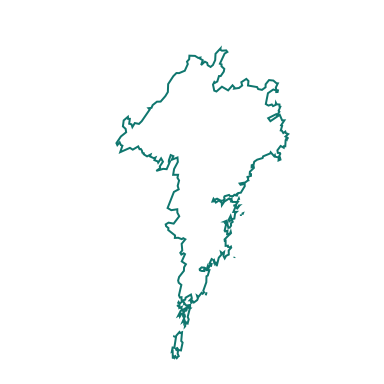 Skibbereen-West Cork Lea-5, Cork, Ireland (Equal Earth projection), rotated 311°
{"feature_id": "5873133B33035753150692", "entity_name": "Skibbereen-West Cork Lea-5", "entity_type": "district", "adm_level": 2, "iso_a3": "IRL", "parent_name": "Ireland", "parent_adm1": "Cork", "projection": "equal_earth", "projection_center": [-9.179, 51.623], "detail": "fine", "context": "isolated", "style": "outline", "palette": "teal", "viewbox_px": 384, "rotation_deg": 311, "n_neighbors": 0, "source": "geoboundaries", "source_scale": "gbopen_adm2", "svg_char_len": 6102}
<svg xmlns="http://www.w3.org/2000/svg" viewBox="0 0 384 384"><g transform="rotate(311 192 192)"><path d="M293.2,100.6L290.3,102.8L287.1,102.7L285.8,104.9L278.8,107.0L273.3,104.3L271.5,102.2L267.2,101.9L257.8,103.2L251.6,108.2L246.8,109.0L239.6,109.0L237.2,106.3L231.8,105.3L228.9,106.2L226.7,104.2L226.5,106.0L212.4,107.6L208.6,107.3L206.5,103.6L201.9,104.4L203.4,101.9L202.3,99.8L206.4,97.1L205.3,95.8L206.7,94.3L201.2,93.5L196.2,96.8L196.1,100.5L193.9,103.1L187.3,101.9L179.3,102.9L178.4,104.9L182.0,104.8L180.8,107.5L181.3,109.1L175.0,111.7L184.6,116.2L185.1,119.5L191.1,121.5L189.9,124.3L190.9,125.1L190.4,127.0L189.1,128.8L189.6,130.3L188.8,130.8L189.4,134.7L193.1,136.2L191.3,137.0L192.5,141.1L194.0,141.8L191.4,142.7L192.6,146.1L192.0,147.2L197.1,146.6L195.8,150.2L190.2,150.9L189.1,152.3L184.5,151.2L190.6,155.1L192.6,157.9L200.5,155.4L199.7,154.6L200.7,153.8L205.9,151.7L206.8,154.4L203.1,155.6L208.5,158.4L205.4,161.6L197.6,163.4L192.6,166.5L195.8,170.2L193.2,171.7L192.2,174.7L187.2,177.2L185.3,180.2L180.2,178.3L163.9,184.1L164.7,188.3L169.3,192.2L166.8,194.5L165.3,198.3L156.1,198.9L153.5,194.4L150.3,193.4L149.2,194.9L149.3,197.9L147.7,199.0L148.1,207.7L146.1,209.2L148.4,211.6L149.7,215.2L151.4,215.7L151.9,218.0L146.1,218.2L141.5,223.0L138.4,223.1L137.8,225.0L140.3,225.9L140.5,227.5L132.9,229.8L133.5,234.8L130.0,235.4L127.2,237.6L119.4,238.0L116.1,239.6L114.8,241.5L114.9,244.9L105.5,249.9L104.4,252.1L105.7,253.1L103.6,255.0L103.8,256.0L106.3,257.5L108.1,256.5L113.9,258.5L111.8,261.5L108.8,261.4L109.5,262.2L107.3,264.7L110.2,263.4L109.8,265.9L113.8,266.8L115.5,266.3L117.1,263.8L117.3,265.7L122.2,265.4L122.2,266.8L124.1,267.0L124.9,265.3L133.3,262.0L137.9,258.2L139.3,258.7L144.4,256.4L142.6,254.4L142.8,251.6L140.4,252.5L141.0,253.9L138.7,251.0L138.1,249.3L138.8,248.4L141.4,248.7L143.0,251.0L143.7,253.7L146.9,252.3L146.3,254.2L148.4,253.7L148.8,254.8L150.6,254.0L149.6,252.1L154.3,250.8L154.7,253.1L153.9,254.2L154.6,254.0L152.8,256.6L154.5,256.5L154.7,257.0L152.2,259.3L160.0,255.3L164.1,255.3L165.6,253.3L165.7,255.3L167.7,255.6L164.4,257.7L163.4,260.2L166.2,259.6L168.9,260.8L172.0,258.0L175.7,258.1L176.3,257.2L175.1,257.0L174.2,255.1L175.0,254.3L173.4,252.7L177.3,249.3L176.6,248.8L177.6,247.7L183.7,248.1L184.2,246.8L183.3,246.1L186.1,244.1L184.0,242.9L184.2,242.0L189.9,239.0L190.2,237.4L191.5,237.0L190.7,235.8L193.1,237.0L188.8,243.0L189.8,243.8L192.2,243.6L193.9,241.9L196.2,242.3L196.9,240.9L196.2,239.9L194.3,239.4L195.2,237.9L199.3,236.8L197.4,239.7L199.7,241.4L204.2,238.5L206.3,238.7L204.1,236.3L210.4,234.2L208.9,232.2L210.8,233.5L214.5,233.1L210.9,228.9L211.6,227.9L210.8,227.5L212.9,226.2L211.3,225.4L211.5,224.3L205.9,222.7L201.7,223.2L203.4,221.5L203.3,217.9L199.7,216.9L200.2,215.5L198.2,213.7L201.0,212.7L200.7,214.0L203.4,215.3L204.4,219.5L205.9,221.1L208.2,221.1L209.1,219.7L210.2,219.4L214.1,221.9L213.9,223.5L215.9,225.7L217.7,225.8L218.2,227.3L219.3,227.1L219.1,228.1L221.5,227.5L223.5,229.3L231.0,228.0L232.6,226.5L229.3,223.9L229.7,222.4L234.1,225.9L237.5,226.6L240.1,224.7L239.0,223.5L242.9,225.9L244.2,224.8L243.5,223.7L245.3,222.4L250.8,222.9L251.8,221.7L249.9,220.7L251.4,219.5L253.1,220.5L255.7,219.1L259.2,220.0L263.9,223.0L265.6,222.3L272.4,225.7L273.6,225.3L272.9,230.5L274.1,230.4L273.2,231.6L275.0,234.8L272.6,236.6L274.5,237.5L275.9,235.5L275.3,234.5L278.7,233.6L279.1,232.7L277.8,231.1L279.5,229.1L284.9,228.7L285.6,232.2L286.9,231.4L287.7,232.4L292.6,228.6L293.7,228.3L293.7,229.2L294.6,228.7L294.9,229.0L295.3,229.0L295.6,228.8L295.2,226.2L298.8,226.6L298.0,224.0L298.8,222.8L296.4,222.2L297.2,219.6L296.7,218.6L301.1,216.6L300.8,215.5L306.7,214.7L305.2,213.0L307.8,207.6L296.9,204.7L297.7,201.1L306.0,204.5L305.7,205.8L309.9,205.3L310.1,204.1L314.3,202.7L313.9,202.0L315.4,200.6L313.7,198.3L314.3,196.9L312.7,198.0L310.0,196.8L310.4,194.8L307.4,193.0L306.8,190.0L316.4,184.5L322.7,186.1L323.9,188.9L322.7,190.0L323.6,191.0L325.1,190.2L324.3,188.6L325.9,186.7L330.3,185.5L329.5,184.4L329.5,180.3L327.0,176.7L321.6,176.9L319.3,178.8L315.0,177.8L313.1,174.4L313.9,172.3L309.1,164.4L312.8,161.8L313.0,158.8L307.2,157.2L305.3,160.0L301.3,159.2L297.7,156.0L298.7,155.7L299.1,152.6L292.4,152.6L291.1,145.5L283.9,144.5L283.1,142.3L286.8,137.4L289.6,136.7L289.4,137.7L292.0,138.6L297.2,136.3L298.3,137.6L303.7,137.0L306.1,135.6L306.2,131.8L307.7,130.6L307.1,128.9L317.9,125.8L320.9,126.8L321.3,124.9L318.3,121.9L317.9,120.0L319.0,119.3L311.7,119.1L306.7,123.0L301.5,124.5L298.5,123.9L298.0,120.7L299.4,118.7L298.8,116.2L293.8,115.6L298.5,113.7L297.9,110.5L298.9,110.1L297.3,108.8L296.7,105.0L293.2,100.6ZM73.1,274.4L62.8,280.9L61.9,279.4L58.3,281.5L59.2,281.8L53.7,286.8L56.9,285.8L55.8,286.6L56.9,287.0L56.2,287.6L57.0,287.6L56.6,289.5L59.5,289.4L59.0,290.5L60.6,287.2L63.0,285.6L62.5,283.8L63.2,282.7L64.5,283.2L63.9,285.5L65.2,287.6L72.2,283.7L72.5,281.6L79.6,276.5L77.8,275.6L78.1,274.4L73.1,274.4ZM94.9,270.7L102.2,267.0L103.2,267.1L102.0,265.0L102.6,264.4L104.3,265.7L105.5,264.7L102.5,262.1L102.9,260.5L102.1,259.7L103.6,258.5L102.9,256.3L99.4,256.0L96.2,258.5L98.4,259.6L97.1,260.2L96.8,262.3L100.8,263.7L99.9,265.1L98.1,265.8L99.3,264.7L95.7,264.8L96.6,262.6L95.0,261.4L89.5,262.8L91.0,263.3L90.1,264.5L93.3,263.9L94.4,264.8L93.7,265.5L95.0,265.3L93.0,267.1L94.2,267.3L93.6,268.2L87.8,270.1L89.7,270.5L88.1,272.0L89.5,271.8L88.3,273.5L89.6,274.8L90.1,273.6L90.6,274.6L93.8,273.0L94.9,270.7ZM184.3,248.3L186.6,248.4L187.5,247.2L184.3,248.3ZM210.4,236.3L208.4,237.1L211.5,236.8L210.4,236.3ZM144.4,255.2L145.0,253.8L143.9,254.4L144.4,255.2ZM124.0,269.7L125.9,268.8L123.0,270.1L124.0,269.7ZM100.2,254.1L99.3,254.3L99.2,255.4L99.9,255.0L100.2,254.1ZM209.0,244.2L208.0,244.9L209.4,244.4L209.0,244.2ZM97.7,255.5L96.8,255.8L96.8,256.0L97.7,255.5ZM217.6,232.1L217.9,231.6L216.9,231.9L217.6,232.1ZM86.3,274.9L87.3,274.0L85.9,274.9L86.3,274.9ZM207.0,243.8L206.7,243.9L206.1,244.6L207.0,243.8ZM212.7,236.3L212.0,236.4L213.0,236.6L212.7,236.3ZM71.2,273.5L71.2,273.2L70.6,273.4L71.2,273.5ZM170.0,267.1L171.0,266.7L170.4,266.9L170.0,267.1ZM237.6,227.1L238.6,226.8L237.3,227.1L237.6,227.1Z" fill="none" stroke="#0f766e" stroke-width="2"/></g></svg>